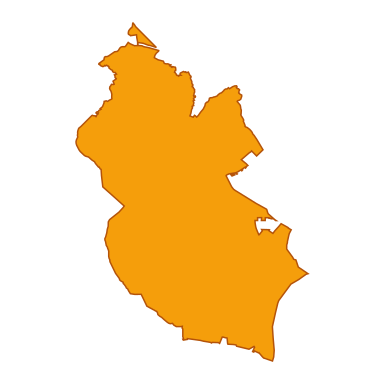 Mihaesti, Vâlcea, Romania (Albers equal-area conic projection)
{"feature_id": "2599482B28552559363507", "entity_name": "Mihaesti", "entity_type": "district", "adm_level": 2, "iso_a3": "ROU", "parent_name": "Romania", "parent_adm1": "Vâlcea", "projection": "albers", "projection_center": [24.236, 45.036], "detail": "fine", "context": "isolated", "style": "filled", "palette": "amber", "viewbox_px": 384, "rotation_deg": 0, "n_neighbors": 0, "source": "geoboundaries", "source_scale": "gbopen_adm2", "svg_char_len": 5889}
<svg xmlns="http://www.w3.org/2000/svg" viewBox="0 0 384 384"><path d="M272.5,361.0L273.7,357.0L274.2,350.3L273.1,337.5L272.4,326.7L275.5,312.6L277.8,303.1L278.8,300.5L290.9,284.1L298.8,279.5L306.0,274.3L308.0,273.7L298.3,267.1L295.9,259.9L293.7,259.3L292.7,257.3L286.7,249.1L286.7,245.0L287.4,242.7L287.4,241.7L288.9,234.9L289.3,233.5L291.2,229.8L288.3,228.1L288.4,227.9L287.8,227.4L281.1,223.7L278.6,226.7L275.1,230.5L272.9,233.4L269.7,231.3L269.1,230.2L268.7,230.5L268.3,230.0L268.7,229.7L261.6,229.5L262.3,230.9L259.2,234.7L258.8,234.8L256.4,229.0L255.8,227.1L255.1,222.9L255.0,220.5L257.6,220.5L257.6,217.7L261.6,217.6L261.4,220.5L265.2,220.5L265.3,217.7L268.9,217.7L268.9,218.2L271.3,218.5L271.3,218.8L272.2,218.8L272.4,217.9L275.7,220.6L276.2,220.6L275.0,219.8L268.4,214.0L267.8,213.0L266.9,210.0L266.7,209.4L266.2,209.0L255.9,203.3L235.3,190.5L233.6,189.3L231.6,186.7L226.3,176.2L226.1,175.7L226.5,175.1L228.9,173.9L230.0,173.7L232.0,176.0L233.2,175.5L231.4,173.5L232.5,173.4L234.4,175.0L234.8,174.8L233.1,173.2L235.2,172.9L236.9,174.2L237.3,173.9L235.9,172.7L237.9,171.8L241.0,169.9L241.8,170.8L242.6,169.9L241.9,169.3L244.8,167.4L245.5,168.1L246.0,167.5L245.4,167.1L247.9,165.5L246.3,163.8L241.3,159.7L249.3,152.8L250.9,151.8L251.6,150.9L256.6,156.0L263.0,149.8L256.9,139.6L254.1,135.4L252.8,134.0L252.2,132.5L251.5,131.4L249.7,129.4L247.2,127.5L245.4,126.8L245.0,126.4L245.1,125.7L244.6,124.2L243.3,121.1L243.7,120.2L243.6,119.8L242.5,117.7L241.1,115.6L240.8,114.3L241.2,113.9L241.0,113.1L241.2,112.5L241.3,110.0L240.9,109.2L240.4,105.8L240.0,104.9L236.8,101.1L237.1,101.3L237.9,100.6L239.2,100.3L240.7,99.3L241.7,96.5L241.7,95.1L239.8,94.0L238.7,93.0L238.7,92.7L239.0,92.5L238.9,91.1L239.6,90.1L239.6,89.9L238.5,88.8L237.3,88.6L236.4,87.6L237.0,87.0L236.9,86.3L236.5,85.8L234.7,85.9L232.6,86.7L229.6,88.7L228.4,87.7L227.1,88.9L225.6,89.0L224.3,89.8L223.9,90.5L221.5,92.8L220.0,93.3L218.4,94.5L216.9,96.1L214.6,96.9L213.7,97.0L212.4,97.6L210.3,97.8L209.4,98.3L209.0,100.3L207.9,101.8L207.6,102.1L206.7,102.2L205.4,103.5L204.9,105.8L203.2,109.1L200.5,112.3L198.3,115.5L196.7,117.1L195.3,115.8L194.5,115.3L193.2,117.2L189.9,115.9L190.9,113.3L191.6,109.5L192.5,107.9L192.1,106.6L192.2,106.3L193.7,105.6L193.3,104.8L193.9,102.8L193.6,102.4L193.5,101.5L193.2,101.2L193.2,100.8L194.4,100.2L193.6,99.2L193.5,98.4L195.2,97.3L195.5,96.7L195.1,95.9L193.9,96.4L193.5,95.7L193.9,94.8L194.2,92.8L194.7,92.0L194.4,90.3L194.7,89.9L194.1,88.9L193.5,88.3L193.3,87.3L192.2,86.7L192.4,85.8L192.9,85.3L192.9,84.9L192.7,84.4L191.9,83.7L191.8,81.4L190.6,78.9L190.4,77.8L190.6,77.4L191.0,77.2L191.0,76.3L190.4,75.9L189.6,74.8L188.4,72.1L186.5,72.6L185.7,71.8L185.3,71.8L185.0,72.2L183.4,71.5L180.3,73.1L180.1,73.5L180.1,74.6L180.8,75.2L179.6,75.2L179.2,75.7L178.7,75.5L178.5,76.0L177.8,75.5L176.9,75.4L176.4,74.8L176.5,74.5L175.2,72.7L174.5,72.3L174.9,71.0L175.4,70.5L175.7,70.5L175.8,69.6L175.6,67.7L175.0,67.0L174.1,67.1L172.9,66.6L172.0,67.4L171.5,67.1L171.7,66.6L169.7,65.8L169.8,65.5L170.6,65.5L170.8,64.8L170.1,64.9L169.4,64.5L169.2,64.7L168.9,64.2L167.8,63.8L166.6,63.9L164.9,63.6L164.2,63.2L163.4,61.2L158.1,59.8L154.3,57.7L154.9,55.4L156.3,53.2L158.2,51.5L158.8,50.8L158.7,50.5L148.5,47.6L143.8,46.7L142.0,45.8L138.0,45.5L137.9,42.5L143.2,43.3L148.0,45.1L150.8,45.7L156.4,47.5L135.6,26.6L134.4,24.6L133.0,23.0L132.7,23.4L132.4,26.2L131.7,27.7L130.8,28.1L129.1,30.2L128.6,31.1L128.3,32.6L128.3,33.9L128.8,34.5L129.7,34.9L130.5,35.7L136.5,34.8L136.8,37.7L137.6,42.0L137.7,45.6L134.5,45.7L130.0,43.7L128.2,42.4L125.7,46.0L124.9,46.7L122.2,46.7L120.9,47.1L119.8,48.1L118.4,50.4L117.3,51.4L114.6,51.8L108.3,56.1L106.9,56.6L105.4,56.6L104.5,57.2L104.1,58.5L104.1,59.7L98.9,63.5L98.9,64.3L99.9,64.3L100.1,65.3L100.5,65.6L102.6,66.6L103.8,66.4L104.7,65.4L105.1,65.5L105.6,65.9L106.7,65.2L107.4,65.8L108.1,65.9L108.3,66.5L108.9,66.7L109.0,68.0L110.9,69.6L112.5,70.4L112.6,71.6L114.1,72.6L115.1,72.4L116.5,74.1L114.4,74.9L115.0,75.8L115.0,77.2L115.1,77.6L116.3,78.6L116.2,78.9L113.0,81.2L113.9,83.3L114.1,84.3L113.5,84.5L111.5,84.3L110.5,86.1L110.0,86.5L109.7,87.8L109.6,88.3L109.9,89.4L111.1,91.4L111.8,94.2L111.7,97.6L111.9,98.4L111.7,99.1L109.5,100.1L107.6,101.4L106.1,100.8L105.2,101.2L104.2,101.3L104.0,102.1L104.1,102.7L102.5,106.7L100.2,108.6L101.0,109.3L99.0,110.4L98.1,111.7L97.1,111.8L96.1,112.5L96.0,113.0L96.5,113.3L97.2,113.6L98.2,113.3L97.8,114.3L97.2,114.5L96.4,115.7L96.2,116.6L95.8,116.6L95.5,116.3L95.5,115.9L93.3,115.7L92.6,115.3L91.9,115.5L81.0,126.4L78.7,128.3L77.9,130.6L77.6,132.1L77.7,134.1L77.4,135.1L77.7,136.6L77.7,137.2L76.4,139.9L76.0,141.8L76.2,143.7L76.7,145.3L79.0,149.8L80.2,151.5L84.4,155.5L85.7,156.2L88.5,157.0L92.0,160.1L94.5,161.7L95.5,163.5L98.5,167.1L99.2,167.1L100.2,168.9L101.1,169.4L101.5,175.6L102.8,186.9L124.2,206.0L123.1,207.6L119.0,212.1L109.6,219.6L108.3,221.9L108.2,226.3L107.3,229.2L106.8,232.7L105.6,237.1L104.9,238.5L104.9,240.0L105.5,241.5L106.3,245.5L107.3,247.0L107.7,248.5L108.3,249.8L108.7,251.2L108.7,256.5L109.2,258.6L109.7,259.5L110.0,261.8L115.6,273.4L119.4,278.6L119.6,279.8L120.6,280.8L123.2,282.3L123.2,283.3L123.3,283.6L124.2,284.4L125.7,286.5L126.4,288.0L127.4,288.7L127.8,289.1L128.5,290.7L130.4,293.7L134.9,294.4L141.2,294.3L146.9,306.2L156.8,311.6L157.5,312.8L157.8,314.3L158.2,314.9L160.0,316.4L161.6,317.3L164.2,319.7L167.2,322.2L168.7,323.2L170.2,323.7L172.5,323.4L173.8,325.1L176.3,326.6L180.9,326.6L182.3,326.3L182.1,328.0L182.8,329.0L182.8,336.7L183.5,338.5L183.5,339.1L182.8,339.2L183.1,339.9L183.4,340.1L187.4,339.4L187.4,338.6L200.4,340.4L203.5,341.2L210.2,342.3L211.6,343.0L212.1,342.4L218.4,342.6L219.6,343.4L222.2,337.1L223.2,337.1L225.5,337.8L226.9,337.9L227.1,338.1L227.6,343.4L227.9,344.2L233.3,344.5L236.0,344.9L236.6,346.2L249.0,349.2L254.0,346.4L254.6,347.2L252.6,351.6L253.8,352.1L254.4,350.9L258.8,353.0L259.0,352.8L262.4,356.8L263.6,358.0L272.5,361.0Z" fill="#f59e0b" stroke="#b45309" stroke-width="1.5"/></svg>